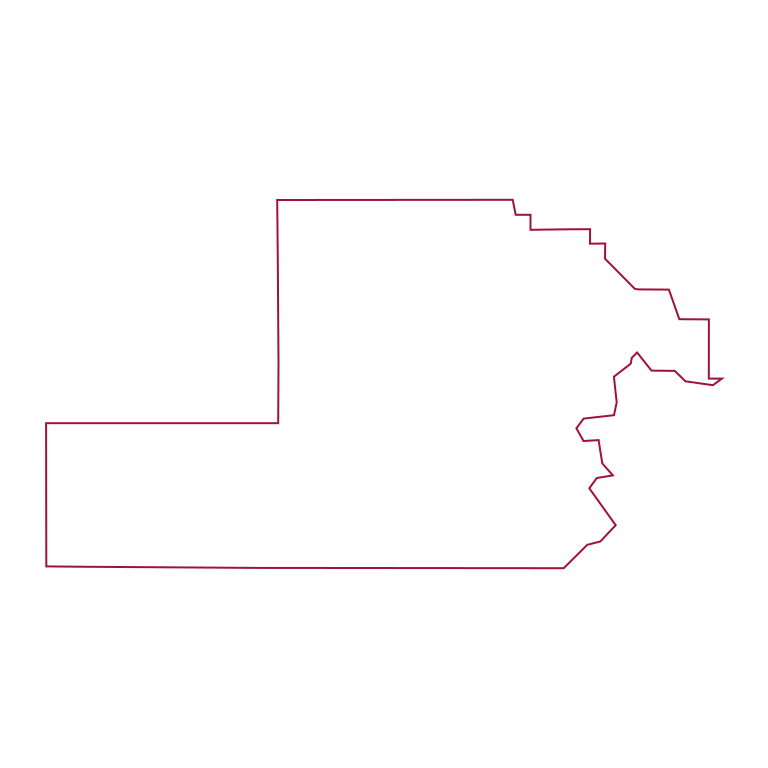 Yamhill, Oregon, United States of America (Mercator projection)
{"feature_id": "52423323B33159762923031", "entity_name": "Yamhill", "entity_type": "district", "adm_level": 2, "iso_a3": "USA", "parent_name": "United States of America", "parent_adm1": "Oregon", "projection": "mercator", "projection_center": [-123.102, 45.254], "detail": "fine", "context": "isolated", "style": "outline", "palette": "rose", "viewbox_px": 768, "rotation_deg": 0, "n_neighbors": 0, "source": "geoboundaries", "source_scale": "gbopen_adm2", "svg_char_len": 712}
<svg xmlns="http://www.w3.org/2000/svg" viewBox="0 0 768 768"><path d="M721.9,378.6L708.8,378.6L708.9,319.4L679.3,319.2L668.9,289.6L638.6,289.4L634.9,288.9L605.0,258.7L605.2,243.5L590.0,243.7L590.1,229.2L567.9,229.3L530.5,229.8L530.5,214.8L515.7,214.8L512.7,199.8L512.0,199.8L277.2,200.0L277.8,260.5L278.5,363.4L278.2,423.2L46.1,423.2L46.3,566.4L89.6,566.8L255.2,567.9L255.9,567.9L563.7,568.2L587.3,544.8L600.3,541.5L615.7,525.2L589.3,488.3L596.8,478.0L612.9,475.4L602.3,463.5L598.6,440.1L583.5,441.0L576.4,428.3L583.6,418.6L614.0,415.2L616.7,402.3L613.9,376.7L630.7,363.7L631.8,357.8L637.1,352.5L651.5,370.6L674.8,370.9L685.4,381.3L712.9,385.2L721.9,378.6Z" fill="none" stroke="#9f1239" stroke-width="2"/></svg>